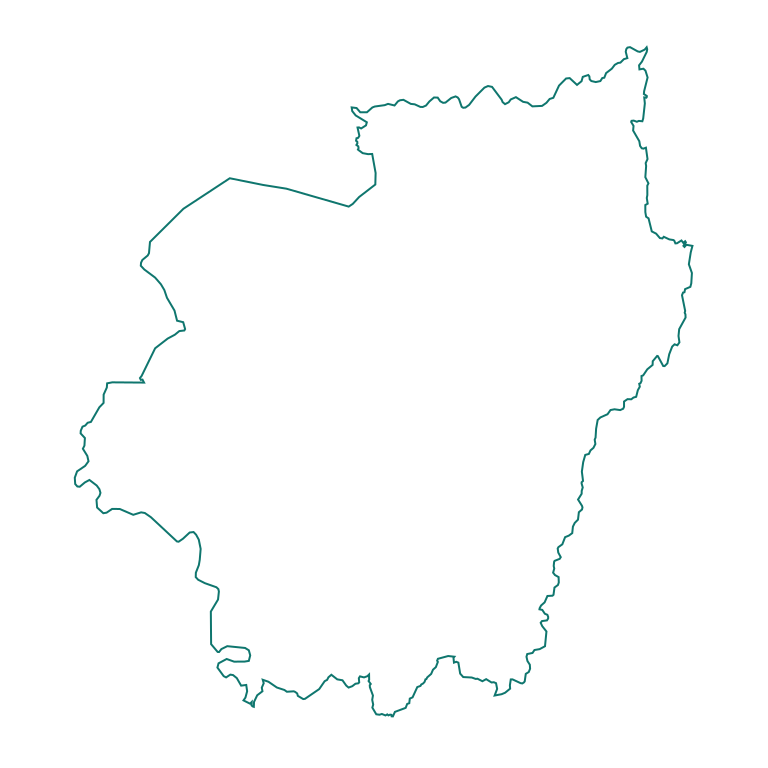 the district of Cuetzalan del Progreso, Puebla, Mexico, rotated 179°
{"feature_id": "50627088B27452602729857", "entity_name": "Cuetzalan del Progreso", "entity_type": "district", "adm_level": 2, "iso_a3": "MEX", "parent_name": "Mexico", "parent_adm1": "Puebla", "projection": "robinson", "projection_center": [-97.512, 20.027], "detail": "fine", "context": "isolated", "style": "outline", "palette": "teal", "viewbox_px": 768, "rotation_deg": 179, "n_neighbors": 0, "source": "geoboundaries", "source_scale": "gbopen_adm2", "svg_char_len": 6023}
<svg xmlns="http://www.w3.org/2000/svg" viewBox="0 0 768 768"><g transform="rotate(179 384 384)"><path d="M87.9,420.5L88.7,426.9L87.9,433.7L81.3,445.2L81.4,448.4L82.1,450.0L81.6,451.8L84.5,467.6L83.4,470.2L82.0,470.5L81.3,473.6L76.0,475.8L75.0,479.3L74.2,489.6L77.1,498.4L75.0,510.3L73.2,516.7L79.2,517.9L81.2,515.8L82.2,516.9L79.7,520.4L80.4,521.5L82.3,519.9L84.1,522.3L88.6,519.6L90.2,519.5L91.3,522.3L92.2,522.9L96.2,523.6L101.7,526.3L103.1,524.7L105.6,525.1L109.3,529.6L113.6,531.9L116.6,545.0L119.0,546.7L119.7,551.3L119.6,558.4L117.2,559.7L118.0,565.4L117.4,568.3L117.3,577.7L116.1,580.0L119.1,586.2L118.1,597.4L118.5,600.3L116.6,604.3L118.0,615.7L120.5,614.8L122.2,615.2L123.8,617.6L124.5,622.3L130.5,633.1L130.0,637.7L132.3,641.7L131.9,642.8L129.7,643.0L126.6,641.8L124.6,642.6L121.1,642.2L120.2,645.0L118.3,660.0L118.8,666.0L116.7,665.7L116.2,666.5L116.2,667.4L119.1,669.4L118.8,672.2L115.1,685.9L117.1,692.7L119.1,694.7L123.1,694.1L123.4,698.2L120.5,701.8L115.5,711.5L115.0,714.1L115.5,716.1L117.5,713.8L122.3,711.6L124.5,712.1L132.1,716.5L134.7,716.1L135.9,714.6L136.5,712.0L135.0,705.6L138.5,704.6L142.0,701.2L144.4,700.9L147.7,699.1L150.7,695.3L156.5,691.0L158.4,686.4L160.4,686.1L162.4,683.1L167.0,682.2L171.4,683.3L173.0,685.0L173.3,688.0L174.4,689.4L179.9,687.6L181.2,683.3L185.8,679.7L193.0,686.6L196.6,686.3L203.8,679.3L209.7,667.2L213.4,666.1L216.7,662.3L221.1,659.3L230.8,659.0L235.5,662.8L240.0,663.7L247.1,668.5L252.3,666.3L254.4,663.5L258.1,661.7L260.5,663.8L261.4,666.2L270.8,679.2L274.8,680.1L278.4,678.6L287.5,669.8L294.0,661.6L297.7,659.0L300.0,658.8L301.5,659.8L304.0,667.4L305.3,669.2L307.4,670.3L311.8,668.8L317.6,664.3L320.0,664.1L322.8,665.7L325.3,669.4L329.0,669.6L333.7,665.7L337.1,661.7L340.4,660.3L342.8,660.4L348.4,663.1L352.3,663.6L359.6,667.8L363.1,667.4L365.2,666.3L368.6,662.3L375.1,664.0L378.4,662.8L388.4,661.6L390.8,660.7L396.3,656.0L403.0,656.1L406.6,660.4L411.5,661.1L411.0,657.4L407.6,653.0L396.6,646.0L397.5,642.9L402.4,639.9L404.5,641.0L406.0,640.9L404.3,632.6L405.5,630.6L407.2,630.2L407.7,627.7L406.5,626.7L406.4,625.1L407.4,623.5L405.6,622.1L405.3,620.3L406.0,618.8L401.3,615.2L395.9,614.1L391.8,614.2L388.7,595.1L389.2,583.6L405.6,571.4L412.1,564.6L416.2,562.0L478.2,581.0L501.3,585.1L534.6,592.4L581.5,562.7L615.5,530.1L616.7,518.9L618.0,516.6L623.4,512.3L624.8,509.5L625.1,506.5L621.7,502.7L611.0,494.4L605.3,487.6L602.0,481.8L599.5,474.0L592.2,461.1L589.8,450.9L583.7,449.3L581.9,442.4L582.7,441.0L587.7,440.5L592.3,436.9L599.5,433.2L612.2,423.7L626.2,396.3L627.9,394.2L627.1,392.4L625.4,392.6L623.9,389.6L655.7,390.4L660.8,389.5L661.2,385.3L664.5,378.3L664.7,370.0L669.0,365.7L677.7,351.2L681.0,350.4L683.4,347.7L686.2,346.6L688.0,342.6L688.2,339.9L684.0,335.2L684.6,327.6L686.2,324.5L681.9,317.3L680.8,311.9L684.2,307.4L692.4,302.0L694.8,295.7L694.5,289.4L692.4,286.9L690.0,286.6L684.8,290.8L680.2,293.2L673.0,287.5L670.4,283.8L669.4,280.1L670.4,277.2L673.5,273.2L673.0,265.5L666.9,259.7L663.6,260.2L658.1,263.8L655.4,263.8L650.3,263.6L637.0,257.6L629.1,259.9L625.4,259.2L619.4,254.9L593.8,230.2L592.1,229.9L587.7,232.8L580.9,238.9L577.0,239.3L574.5,236.6L571.9,231.6L570.2,222.3L571.3,211.4L572.3,206.1L575.4,198.6L575.6,194.2L573.2,191.5L566.6,188.0L555.1,183.7L553.2,181.8L552.7,179.4L553.7,171.4L561.1,159.5L561.4,126.9L555.0,119.0L553.6,118.9L551.2,121.8L545.3,124.6L527.5,122.5L523.8,120.1L522.5,115.0L524.0,109.5L528.2,108.9L538.7,109.0L546.1,111.8L554.3,107.6L555.5,103.4L549.4,94.7L547.0,93.4L542.7,96.1L540.0,95.6L536.3,92.5L532.1,84.9L527.0,85.5L526.2,79.2L528.0,72.9L530.0,70.1L523.5,66.7L521.8,68.4L522.0,64.9L520.9,63.9L519.8,63.5L519.5,68.4L516.2,75.0L510.9,78.9L511.5,82.5L509.5,86.9L510.4,90.4L504.7,88.3L496.4,82.4L488.9,79.8L486.5,78.0L479.6,78.3L478.2,77.7L476.2,76.1L475.6,73.7L470.3,70.4L468.5,70.6L454.1,80.1L448.5,87.9L446.0,89.2L444.7,91.7L441.7,94.2L435.9,89.5L430.7,88.5L427.0,83.1L424.7,81.1L421.0,82.4L417.8,84.8L414.9,85.2L414.0,86.1L414.3,90.3L413.1,92.1L409.1,91.0L405.8,92.1L404.0,93.8L404.0,88.5L404.6,87.3L402.5,84.3L403.5,83.1L403.4,81.1L400.5,72.7L401.3,68.4L400.4,63.7L401.3,60.6L397.5,53.9L394.3,53.4L391.9,54.1L388.3,52.6L386.5,53.6L385.4,52.6L383.7,53.3L382.4,53.1L382.2,51.6L380.9,51.5L378.8,56.0L368.0,59.8L366.4,63.7L364.3,64.4L363.7,69.0L360.9,70.2L356.0,80.4L352.8,81.5L352.0,82.9L350.1,83.9L348.6,85.5L347.7,88.0L346.8,88.2L345.9,89.9L341.9,93.3L340.0,97.5L337.1,100.0L335.0,105.2L335.7,106.4L334.9,108.3L324.6,110.9L318.4,110.1L319.3,109.0L318.9,104.2L316.6,105.0L314.5,104.1L312.9,93.1L309.9,89.6L301.4,89.0L297.4,87.5L295.7,87.7L290.8,85.1L287.0,87.1L281.7,83.7L279.4,83.9L277.2,82.9L276.2,77.2L278.8,70.6L271.8,71.8L268.3,73.2L263.2,77.2L263.4,80.5L262.4,86.4L260.6,86.4L252.6,82.5L250.9,82.2L249.3,83.2L248.5,84.2L247.3,91.7L244.3,93.5L242.9,96.8L243.1,100.8L245.4,104.5L246.3,108.8L245.5,111.5L240.2,112.5L238.2,115.4L233.0,116.2L227.6,119.0L225.9,133.7L230.0,139.1L231.5,142.5L230.2,144.2L225.2,144.8L224.0,146.6L223.9,148.3L224.7,150.4L227.2,151.5L229.7,155.4L232.5,156.0L232.3,157.1L230.8,159.8L227.2,162.9L224.3,169.2L219.2,169.4L218.2,170.3L217.1,177.5L213.6,180.0L212.7,182.5L212.8,187.9L216.4,190.0L218.2,192.4L217.0,196.5L217.5,199.1L217.0,203.3L216.5,204.2L211.4,206.1L210.3,207.8L212.7,212.4L213.2,216.5L212.4,217.9L208.5,220.6L205.6,227.7L201.8,229.2L198.4,231.6L197.6,238.1L195.7,241.8L192.4,245.0L191.4,252.4L188.2,255.1L187.7,257.2L188.2,258.8L192.0,265.1L188.3,270.8L188.2,273.7L187.1,277.1L188.2,281.2L188.1,282.3L186.7,283.6L187.7,292.9L186.2,302.4L184.0,309.6L180.4,310.5L178.7,314.0L175.7,316.5L173.7,320.3L174.3,324.7L173.4,326.7L172.7,335.6L171.0,344.3L168.2,346.8L161.0,349.9L158.0,354.0L154.0,354.7L148.3,353.8L145.3,355.1L144.4,357.0L144.3,362.3L140.8,364.6L137.0,364.4L134.8,366.1L132.1,366.8L130.3,373.4L128.3,376.8L128.8,379.8L127.5,380.4L126.4,382.7L126.4,387.5L124.7,388.1L120.5,394.1L115.1,398.4L114.9,402.1L110.4,407.3L109.7,407.1L104.5,397.1L103.1,397.0L100.3,399.7L98.3,408.8L95.2,416.4L92.8,418.6L90.0,417.6L87.9,420.5Z" fill="none" stroke="#0f766e" stroke-width="2"/></g></svg>